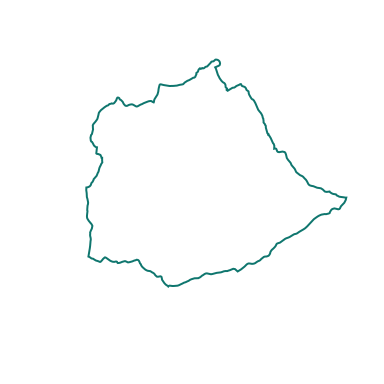 the district of Socorro, Santander, Colombia, rotated 221°
{"feature_id": "7082276B29346978372960", "entity_name": "Socorro", "entity_type": "district", "adm_level": 2, "iso_a3": "COL", "parent_name": "Colombia", "parent_adm1": "Santander", "projection": "robinson", "projection_center": [-73.239, 6.466], "detail": "fine", "context": "isolated", "style": "outline", "palette": "teal", "viewbox_px": 384, "rotation_deg": 221, "n_neighbors": 0, "source": "geoboundaries", "source_scale": "gbopen_adm2", "svg_char_len": 6025}
<svg xmlns="http://www.w3.org/2000/svg" viewBox="0 0 384 384"><g transform="rotate(221 192 192)"><path d="M147.9,105.1L147.9,105.9L147.4,106.7L145.1,108.2L143.7,109.5L141.4,111.9L140.7,113.1L140.0,114.8L139.1,116.8L138.6,118.2L137.6,119.8L136.8,121.7L136.3,122.6L135.9,124.3L135.2,125.8L133.5,128.5L130.7,131.1L129.9,133.1L129.5,135.6L129.1,136.6L128.7,138.4L127.9,139.9L127.3,140.4L123.7,142.4L122.8,143.5L120.3,147.2L118.3,149.4L117.5,150.3L117.0,151.1L115.9,153.1L114.6,154.6L113.9,155.1L113.3,155.7L113.1,156.3L112.2,157.7L110.5,161.1L109.0,162.0L105.4,162.0L104.2,165.8L103.4,170.2L103.2,173.3L102.8,174.5L102.4,175.2L101.4,176.0L99.6,177.1L98.9,177.8L98.2,178.7L97.6,179.9L97.3,181.4L96.8,183.0L96.2,184.1L95.8,185.3L95.8,186.8L95.2,190.1L94.7,191.0L93.4,192.3L92.9,193.1L92.4,194.1L92.4,195.4L92.7,196.8L93.4,198.0L93.7,199.4L93.8,200.7L93.5,202.8L93.4,204.8L93.5,206.3L94.0,208.0L94.0,208.7L93.6,209.6L92.4,211.5L91.0,217.7L90.5,218.9L89.4,220.8L88.8,222.1L87.4,226.6L87.1,227.3L86.0,228.8L85.6,229.6L84.9,232.4L83.3,237.1L82.8,239.0L82.5,241.7L82.2,251.3L81.8,253.2L81.1,256.0L80.5,257.7L79.5,259.8L77.4,262.4L76.3,263.2L74.8,265.3L74.3,266.3L74.8,267.6L75.1,269.4L75.1,270.6L74.7,271.6L73.8,273.0L72.4,273.8L70.6,274.7L70.1,275.1L69.6,275.9L69.6,276.7L70.2,278.8L70.2,279.7L70.0,283.8L70.8,287.0L71.2,287.7L71.6,288.4L71.9,289.0L72.7,288.3L73.9,287.6L76.3,286.0L77.6,285.2L78.4,284.9L79.2,284.8L80.3,284.4L80.7,284.4L81.4,284.7L82.4,284.3L83.9,283.3L85.1,282.8L86.7,282.5L88.0,282.4L88.5,282.6L89.6,281.3L90.7,280.2L92.1,279.5L94.8,279.7L97.0,279.4L97.9,278.9L100.4,277.3L104.2,276.0L105.7,275.1L107.2,274.4L108.1,274.2L109.3,274.3L112.3,275.5L114.1,276.0L115.9,276.1L118.2,276.4L119.6,276.2L121.5,275.6L125.9,275.4L126.7,275.5L128.8,276.5L129.9,276.9L133.3,277.4L134.5,277.6L136.8,278.7L140.7,279.3L142.8,279.9L145.7,282.0L147.3,282.8L148.3,282.9L150.2,281.9L152.4,279.2L153.5,278.6L154.3,278.6L156.7,279.8L157.4,279.7L158.0,279.2L158.4,278.6L160.2,280.9L161.9,281.9L162.9,282.0L168.1,284.4L171.3,285.4L171.4,285.1L171.7,285.0L172.2,285.2L172.5,285.6L172.6,285.9L173.6,285.8L178.5,289.0L179.0,289.6L180.0,290.5L180.9,290.6L181.7,291.1L183.2,291.3L183.7,291.5L184.6,292.6L185.7,293.5L186.3,294.1L187.2,294.4L188.8,295.6L190.4,296.3L192.0,296.8L193.5,297.0L196.0,297.5L202.4,300.6L205.1,301.6L206.4,301.8L207.4,301.5L208.3,301.5L210.3,302.1L212.5,302.9L213.8,303.6L215.1,304.8L215.5,305.0L217.5,304.8L218.1,304.9L219.2,305.6L220.8,305.9L221.9,305.6L223.6,304.9L224.3,304.9L225.4,305.4L225.9,305.5L226.4,304.9L226.7,303.9L228.1,301.0L228.2,299.9L228.6,298.6L229.8,297.2L231.1,293.2L231.5,291.8L232.8,291.7L233.0,291.9L233.1,292.8L233.4,293.1L234.9,293.1L235.4,293.2L236.7,294.5L237.4,295.0L238.3,295.3L239.2,295.4L240.7,295.1L242.4,295.2L243.8,295.5L245.8,296.0L247.4,296.7L249.3,297.4L254.9,300.8L256.3,301.3L254.7,304.7L254.4,305.7L254.5,306.3L255.3,307.6L256.7,308.5L257.5,308.7L258.6,308.7L259.4,308.5L260.8,307.7L261.2,307.1L261.5,304.8L262.7,303.3L262.8,302.8L262.7,301.9L262.9,296.8L263.1,296.4L263.4,296.1L263.9,295.2L264.2,293.3L264.7,292.6L265.0,292.3L265.5,292.3L265.7,292.0L266.1,290.7L266.9,290.7L267.2,290.5L267.3,289.0L267.1,288.1L266.7,287.3L266.5,286.6L266.5,286.0L266.8,284.8L266.7,284.5L265.9,283.7L265.5,282.1L265.1,281.2L265.2,280.2L265.4,279.7L266.0,279.1L267.2,275.5L267.8,274.0L268.4,273.0L269.3,269.9L269.4,267.6L270.0,266.7L271.6,264.8L273.2,262.4L276.1,259.4L278.6,257.2L283.6,254.1L285.8,253.0L286.6,252.4L286.7,252.0L286.7,251.5L285.4,248.9L284.7,247.7L283.3,245.6L282.0,242.9L281.2,237.6L280.8,236.5L279.8,234.9L279.7,234.5L280.9,234.1L282.2,234.0L283.1,233.4L284.2,232.1L285.1,230.5L286.7,227.4L287.5,225.3L288.1,224.3L288.4,223.5L289.2,221.2L289.6,220.5L290.2,220.0L290.9,219.8L293.5,219.3L294.6,218.9L295.1,218.5L295.9,217.6L296.7,216.4L297.1,215.4L297.6,214.3L298.3,213.7L299.2,213.4L300.1,213.5L301.4,213.7L303.5,214.6L305.8,214.8L306.6,214.7L307.1,214.5L307.5,214.6L308.5,215.1L309.2,215.0L309.9,214.7L310.2,214.2L310.1,213.4L309.4,211.6L309.2,210.5L309.1,208.8L309.1,207.9L309.5,207.0L310.2,206.4L310.8,206.1L311.1,205.4L312.0,204.2L312.1,203.6L312.1,202.6L312.4,201.9L312.9,201.2L313.6,198.6L314.4,194.1L314.4,193.1L314.3,191.0L314.1,190.4L313.3,189.0L311.6,185.6L311.3,184.8L311.2,184.1L311.0,181.6L311.0,179.1L310.9,178.1L310.6,177.2L309.7,176.3L308.7,175.2L307.8,174.4L306.9,172.7L305.6,170.2L305.5,169.3L305.5,168.7L304.2,166.3L302.1,164.4L301.1,164.0L300.3,164.2L299.0,163.8L296.5,162.8L295.4,162.7L293.9,162.9L293.2,163.1L293.0,163.3L289.6,158.4L289.3,158.3L288.8,158.4L287.2,159.4L286.7,159.4L285.5,159.9L284.9,159.6L284.0,159.3L282.6,158.4L282.2,158.8L280.3,156.6L279.1,155.5L278.9,153.7L278.3,151.9L278.2,151.2L277.6,149.3L275.9,146.0L275.6,144.5L274.6,141.7L274.6,140.4L274.6,137.1L274.2,136.4L273.7,134.5L273.8,132.9L272.9,130.6L272.9,129.3L273.3,128.1L274.0,126.9L274.7,126.1L273.0,124.0L270.8,122.1L268.0,119.2L266.4,118.2L263.6,116.0L262.6,114.7L261.9,113.2L259.9,110.5L259.0,109.4L258.4,109.1L256.0,105.6L255.3,104.7L254.6,104.0L253.6,103.3L251.0,102.5L249.1,102.2L248.2,102.0L247.4,102.0L245.3,101.3L244.9,101.0L243.6,98.7L242.9,96.2L242.3,94.6L241.4,93.7L240.8,92.8L240.1,92.1L238.2,90.7L237.1,89.6L236.3,88.3L233.6,84.6L232.2,82.5L227.8,75.3L226.9,75.6L226.0,75.8L224.3,75.9L222.7,76.8L221.4,76.9L219.4,77.3L218.0,78.0L215.5,78.9L215.2,79.4L215.1,81.0L215.2,83.2L214.9,85.4L214.6,85.7L213.6,86.0L208.5,86.5L206.9,87.0L206.0,87.4L204.8,88.3L204.0,89.4L203.3,90.0L202.9,90.1L201.8,89.7L201.4,89.7L200.6,90.5L199.8,91.6L198.9,93.4L197.6,95.4L196.8,96.1L195.2,96.6L194.5,96.7L194.0,97.0L193.1,98.1L191.5,100.5L190.6,102.4L189.8,103.5L189.3,104.6L188.3,105.2L187.8,105.3L187.1,105.3L185.6,104.7L184.4,104.0L183.2,103.9L182.2,103.3L180.7,102.9L179.1,102.8L176.4,102.8L175.3,103.0L173.9,103.4L171.5,104.9L170.3,105.1L169.7,105.1L168.7,105.4L166.9,105.6L165.0,105.1L162.9,105.1L162.0,105.8L160.6,107.6L159.9,107.9L159.3,107.9L157.9,106.9L157.5,106.5L156.9,106.1L153.1,105.1L151.0,104.9L148.6,105.2L147.9,105.1Z" fill="none" stroke="#0f766e" stroke-width="2"/></g></svg>